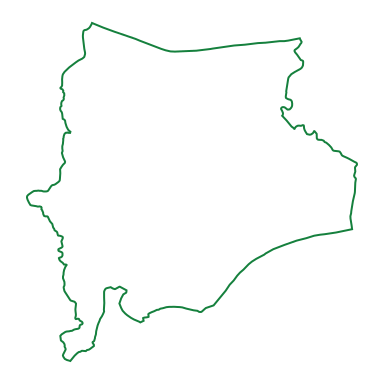 Maha Rat, Phra Nakhon Si Ayutthaya, Thailand
{"feature_id": "78962969B63768229045772", "entity_name": "Maha Rat", "entity_type": "district", "adm_level": 2, "iso_a3": "THA", "parent_name": "Thailand", "parent_adm1": "Phra Nakhon Si Ayutthaya", "projection": "mercator", "projection_center": [100.519, 14.568], "detail": "fine", "context": "isolated", "style": "outline", "palette": "green", "viewbox_px": 384, "rotation_deg": 0, "n_neighbors": 0, "source": "geoboundaries", "source_scale": "gbopen_adm2", "svg_char_len": 5749}
<svg xmlns="http://www.w3.org/2000/svg" viewBox="0 0 384 384"><path d="M92.0,23.0L91.8,23.6L91.1,25.0L89.9,27.1L89.0,28.1L88.2,28.7L86.6,29.7L84.6,30.1L84.2,30.3L83.6,30.9L83.3,31.8L82.9,35.3L82.9,37.1L84.3,48.8L85.0,52.3L85.1,53.4L85.0,54.3L84.3,56.8L84.0,57.2L82.3,58.6L78.5,60.5L75.9,62.3L69.2,67.4L64.6,71.8L63.1,74.0L62.7,74.9L62.4,76.3L62.1,79.3L62.2,82.5L62.1,85.6L61.4,86.9L60.5,87.7L60.5,88.4L61.0,88.8L62.4,89.3L63.2,90.5L63.3,90.8L63.1,92.1L64.2,93.3L64.3,95.4L63.6,97.5L63.8,98.7L63.7,99.4L63.3,100.1L61.9,101.2L61.4,102.6L61.2,104.1L61.5,105.9L60.7,106.7L60.3,107.3L60.1,109.0L60.5,110.5L61.8,112.3L62.2,113.9L62.7,118.8L64.2,119.6L64.7,120.1L65.1,120.8L65.4,122.9L66.6,126.8L67.8,129.1L68.3,129.9L69.4,131.0L70.4,131.7L70.1,132.9L69.4,132.9L68.0,132.8L67.3,132.5L66.5,132.8L66.1,132.7L65.7,132.8L64.6,133.8L64.1,135.0L63.7,136.4L63.6,137.7L63.1,139.0L63.3,139.6L62.9,143.9L62.3,146.2L62.3,148.4L62.6,151.0L61.9,153.0L63.1,157.3L64.9,161.1L65.1,161.9L64.7,163.1L63.1,164.6L61.4,167.0L60.1,169.2L60.3,173.2L59.9,179.1L59.7,180.5L59.3,181.1L58.4,182.0L55.4,184.2L54.1,184.8L52.5,185.1L51.8,185.5L50.9,186.5L48.2,190.6L47.6,191.1L46.6,191.4L44.5,191.5L43.3,191.4L41.4,190.8L39.6,190.8L38.5,190.6L36.0,190.9L34.9,190.9L33.7,191.1L31.8,192.3L28.4,194.7L27.3,195.9L27.0,196.8L27.0,197.8L27.6,199.8L29.0,202.7L30.4,205.0L31.4,205.4L36.3,206.2L37.9,206.6L39.7,206.4L41.2,206.9L41.6,207.8L41.4,209.3L42.3,210.4L42.4,211.1L43.1,212.4L43.2,213.9L44.0,215.8L45.1,216.3L47.3,216.4L47.8,216.7L50.0,221.4L52.3,224.0L53.2,227.6L54.1,228.7L54.6,230.3L56.6,231.6L57.2,232.3L57.7,234.5L58.0,235.4L58.4,235.6L60.1,235.8L61.3,236.2L62.5,236.8L62.8,237.3L62.7,238.5L61.6,240.8L61.4,241.5L62.5,245.9L62.5,246.6L62.2,247.1L61.4,247.7L58.9,248.9L58.4,249.3L58.3,249.9L58.5,250.7L59.0,251.1L61.7,252.2L62.3,252.8L62.5,253.5L62.5,255.3L62.0,256.5L60.9,257.3L59.2,257.8L58.9,258.1L59.0,258.6L59.6,260.1L60.5,261.2L62.7,262.8L64.0,264.5L65.8,264.5L66.3,264.7L66.6,265.0L65.3,267.0L64.1,270.0L63.6,272.6L63.5,274.6L63.0,276.5L63.0,278.2L64.4,281.9L64.5,283.5L64.5,285.1L64.2,286.0L63.7,287.0L63.7,287.8L64.4,290.9L64.7,291.5L70.2,300.0L70.7,300.5L71.5,300.8L74.4,301.7L75.1,302.3L76.0,303.6L75.9,305.0L75.4,309.2L75.5,311.0L75.9,314.5L75.8,316.0L75.3,317.7L75.4,318.6L75.7,319.0L76.0,319.1L77.9,318.7L78.8,318.9L79.2,319.5L79.7,320.5L81.8,321.7L82.4,322.4L82.6,323.2L82.4,323.8L82.1,324.2L81.5,324.5L80.4,324.8L79.9,325.3L79.7,325.7L79.5,327.6L79.2,328.1L78.5,328.6L77.4,328.9L75.5,329.2L74.1,329.6L71.8,330.9L70.7,330.9L69.2,331.3L66.8,331.5L65.4,331.9L61.6,334.4L60.3,335.9L60.9,340.3L61.2,340.7L63.3,342.3L64.4,344.0L64.7,345.2L64.6,346.7L65.5,348.4L65.6,349.6L63.2,354.4L62.9,355.6L63.5,357.0L64.8,358.9L66.9,360.0L70.3,361.0L74.6,355.7L77.1,353.3L78.7,352.1L80.5,351.7L81.6,350.9L82.2,350.8L85.8,351.1L87.1,350.0L88.8,349.7L90.1,348.9L93.9,346.0L93.9,344.8L92.6,342.8L92.6,342.3L92.7,342.0L93.9,341.2L94.3,340.6L94.5,339.6L94.9,338.5L95.0,337.2L95.9,334.4L96.2,331.2L97.6,325.5L98.5,323.1L99.5,320.9L100.1,319.0L101.9,316.3L103.2,313.7L104.1,311.5L103.9,309.7L104.3,303.0L104.1,297.6L104.1,292.1L104.2,291.3L105.0,289.5L105.8,288.6L106.9,288.1L110.7,287.2L112.5,288.3L113.4,288.7L114.9,289.1L115.5,288.9L119.3,286.8L119.8,286.7L126.5,290.3L126.4,292.0L126.1,292.7L123.3,294.4L121.2,298.3L119.4,303.5L121.1,307.8L122.6,310.7L125.2,313.5L127.2,315.2L131.1,317.9L134.0,319.5L139.2,321.7L140.3,322.4L143.6,320.8L143.1,318.1L144.2,317.6L146.9,317.3L148.5,316.9L148.6,316.4L148.3,314.2L149.3,313.3L151.6,312.2L154.2,311.2L156.8,309.9L158.7,309.7L160.3,308.7L162.9,308.2L166.3,307.2L168.8,306.9L174.1,306.8L179.8,307.1L182.3,307.4L186.3,308.6L193.6,310.3L197.4,310.8L199.2,311.9L201.0,312.0L201.8,311.6L204.9,308.8L205.9,308.0L213.6,305.4L225.7,290.7L229.7,284.7L233.7,280.5L237.2,275.7L240.0,272.6L243.5,269.6L248.6,264.3L251.9,261.6L256.3,258.8L264.3,254.6L265.6,253.5L273.3,249.2L284.5,244.9L296.7,240.6L306.2,238.2L314.2,235.7L320.2,234.7L324.8,234.2L336.1,232.5L352.1,229.2L351.6,225.4L350.5,218.6L350.4,216.2L351.1,213.3L351.3,211.1L352.9,201.2L354.7,193.4L354.9,192.0L355.3,182.7L355.9,179.0L355.7,178.3L354.9,177.5L354.5,176.9L354.1,175.8L354.4,174.4L355.3,171.6L355.0,167.9L355.1,167.2L355.5,166.6L356.9,164.9L357.0,164.2L356.8,163.3L356.1,162.6L354.2,161.7L349.4,159.0L347.0,157.8L343.6,156.3L342.4,155.7L341.8,155.1L340.5,152.7L339.6,151.6L338.5,151.3L334.0,150.8L333.1,150.4L332.7,150.0L331.3,147.5L329.0,145.0L326.3,142.7L324.6,142.0L323.7,140.7L321.6,139.9L318.8,139.8L317.7,139.5L317.2,139.0L316.8,138.2L316.7,134.3L316.6,133.7L314.5,131.2L314.1,131.2L313.1,132.9L312.5,133.5L310.9,134.5L309.6,134.7L307.0,134.1L305.5,131.7L304.7,130.2L304.1,128.4L303.9,126.0L303.7,125.4L303.1,125.2L302.5,125.2L301.5,125.7L300.7,125.8L298.9,125.6L297.5,125.8L296.0,126.7L295.2,127.6L294.5,128.9L294.3,128.9L293.3,127.8L291.6,126.6L291.0,125.9L286.6,120.5L282.2,115.8L282.7,115.2L282.8,114.7L283.0,113.6L282.9,112.8L282.0,110.6L281.2,109.3L281.1,108.6L281.4,107.9L281.8,107.5L282.7,107.1L283.7,107.1L284.7,107.4L285.4,107.9L287.4,109.5L288.9,109.5L289.7,109.3L291.0,108.0L291.7,106.9L292.1,105.8L292.2,103.7L291.9,101.7L291.4,100.6L290.5,99.8L288.2,99.2L286.3,98.2L286.0,97.9L285.8,97.2L285.8,96.2L286.4,92.3L286.2,91.3L288.2,78.8L288.6,77.4L291.3,74.2L294.9,71.9L300.4,68.9L301.7,67.8L302.5,66.5L303.0,65.2L303.2,61.8L303.0,61.0L302.5,60.6L300.8,60.0L297.1,54.7L295.1,52.3L294.5,51.0L294.6,50.3L294.9,49.9L297.3,48.1L298.5,47.0L299.9,44.9L300.2,44.2L301.0,43.4L301.4,42.7L301.6,41.8L300.2,39.4L299.8,38.3L288.2,40.6L284.5,41.1L280.0,41.1L265.5,42.7L257.9,43.1L244.8,44.7L234.2,45.5L212.6,48.6L210.4,49.0L196.3,50.7L174.9,51.6L170.4,51.4L165.6,50.3L161.3,48.9L139.8,40.7L135.5,38.9L114.4,31.7L103.2,27.6L92.0,23.0Z" fill="none" stroke="#15803d" stroke-width="2"/></svg>